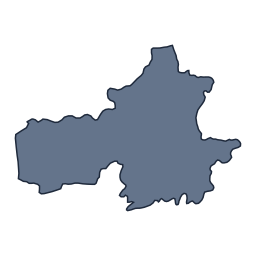 outline of Akciabrski, Gomel, Belarus
{"feature_id": "67162791B76840313346110", "entity_name": "Akciabrski", "entity_type": "district", "adm_level": 2, "iso_a3": "BLR", "parent_name": "Belarus", "parent_adm1": "Gomel", "projection": "albers", "projection_center": [28.984, 52.671], "detail": "fine", "context": "isolated", "style": "filled", "palette": "slate", "viewbox_px": 256, "rotation_deg": 0, "n_neighbors": 0, "source": "geoboundaries", "source_scale": "gbopen_adm2", "svg_char_len": 3914}
<svg xmlns="http://www.w3.org/2000/svg" viewBox="0 0 256 256"><path d="M18.4,178.7L20.8,179.9L23.3,181.3L26.7,181.7L29.1,183.3L31.6,183.3L33.7,183.1L37.7,184.3L39.5,185.9L39.5,189.2L39.2,192.4L41.3,193.8L44.2,193.6L47.8,192.7L52.1,191.6L55.5,190.5L58.2,189.6L60.7,188.7L61.6,186.2L62.7,184.0L65.2,183.7L68.1,184.2L71.3,184.0L74.9,183.1L78.1,183.1L82.8,183.8L87.1,184.1L91.8,184.3L94.7,184.3L96.1,183.2L97.0,180.7L97.7,178.7L99.3,177.1L99.5,174.4L99.7,172.2L101.1,169.2L103.1,168.6L105.8,168.6L108.3,165.4L110.3,163.2L114.6,161.2L117.1,161.2L118.0,163.2L120.4,164.3L122.7,164.6L122.9,166.8L121.6,169.7L121.1,170.9L120.0,174.7L120.0,177.2L120.6,179.9L122.0,181.9L124.0,183.7L125.8,185.1L126.0,186.4L124.7,188.7L122.9,190.0L120.4,193.4L119.5,195.4L121.1,196.8L123.8,196.8L125.4,195.2L127.4,196.3L127.6,197.5L127.6,200.4L127.6,202.2L129.2,202.2L131.6,201.6L133.5,202.3L131.4,204.0L129.0,205.9L127.8,207.1L126.6,209.0L126.6,209.9L127.7,210.6L128.9,210.3L131.3,209.8L133.1,209.1L135.3,208.4L137.5,208.2L139.3,208.2L140.9,208.0L144.1,207.3L145.6,206.8L147.5,206.1L150.2,205.1L153.1,202.9L154.7,200.4L157.6,200.6L158.4,201.9L159.3,201.2L160.4,199.3L161.6,198.6L163.0,199.7L164.7,201.1L166.5,201.5L168.3,201.1L170.2,200.0L171.8,199.0L173.3,198.3L174.8,198.7L175.3,200.9L175.5,203.0L176.0,204.4L176.8,204.8L178.1,204.4L178.7,202.8L179.0,201.0L179.8,199.2L180.4,197.4L182.0,194.8L184.0,193.4L185.9,193.8L186.8,195.4L187.1,198.1L186.9,199.9L186.5,202.1L186.7,203.5L188.3,203.3L189.8,202.1L191.4,201.3L192.7,201.1L193.8,202.2L194.9,203.2L195.9,203.7L198.4,203.3L199.6,202.4L201.8,200.0L203.1,197.4L203.9,194.0L204.7,192.1L207.4,191.3L210.2,190.9L212.7,190.0L213.8,187.8L213.8,187.7L213.4,186.0L212.1,184.3L210.7,182.7L209.8,180.7L209.8,178.5L210.0,175.7L211.3,173.3L211.5,171.4L210.2,169.9L210.0,168.6L210.8,166.2L212.4,165.0L214.5,163.8L215.4,162.4L216.1,161.3L217.6,160.0L219.4,160.5L220.9,161.8L222.1,162.8L224.0,162.9L226.9,162.3L228.3,161.3L229.4,160.4L231.6,157.4L231.2,155.8L230.6,154.6L230.6,152.7L231.5,150.8L232.8,149.2L235.2,148.3L238.2,147.4L240.4,146.0L240.6,143.7L240.0,142.3L238.8,140.9L237.5,139.8L235.8,139.3L233.4,139.8L232.0,140.1L230.5,140.0L229.4,139.4L226.8,140.6L225.8,141.1L224.1,140.9L222.5,140.5L220.9,140.1L218.9,139.9L217.5,139.7L215.7,139.1L214.6,139.1L213.5,139.1L211.8,138.5L210.5,137.6L207.9,138.6L206.6,139.4L205.1,140.0L203.0,139.9L201.4,139.2L201.1,138.0L201.1,136.2L201.4,134.9L201.4,133.5L200.1,131.9L199.3,130.8L198.3,129.0L197.8,126.9L196.7,123.6L196.4,121.1L195.9,117.8L196.8,113.4L197.9,109.9L199.8,107.1L202.5,103.5L204.2,100.7L205.2,97.1L203.8,94.7L203.5,92.4L204.3,91.1L206.0,90.8L207.5,92.2L209.2,92.1L211.1,89.6L211.8,86.6L212.3,84.6L213.8,82.3L213.3,80.3L212.0,78.5L210.7,77.6L208.6,77.0L206.3,77.0L203.3,77.1L200.7,76.8L198.1,77.5L196.5,76.9L195.1,75.6L193.5,75.2L191.7,75.4L189.8,75.1L188.9,72.8L188.8,70.5L187.6,70.6L186.2,71.5L184.8,72.7L183.5,72.8L181.9,72.8L179.6,72.4L178.3,71.5L178.0,67.2L178.4,64.5L177.9,61.5L176.7,59.2L176.1,55.6L173.8,49.8L172.4,45.4L170.5,45.8L167.1,46.9L164.2,47.2L159.9,48.0L157.0,48.1L153.1,48.1L151.5,49.3L151.5,52.4L151.5,52.9L152.1,55.6L152.0,59.4L150.3,62.1L149.0,65.1L145.5,66.9L144.0,68.9L143.0,73.2L141.2,75.5L137.2,78.8L134.6,81.5L131.9,84.3L130.1,85.8L126.1,86.1L123.8,87.3L121.3,89.1L117.7,90.1L114.7,89.1L110.2,88.3L107.9,90.3L107.4,93.6L108.1,97.9L110.2,100.2L113.4,101.4L114.7,102.7L115.2,105.5L115.2,108.2L112.4,109.5L108.6,109.0L105.6,109.5L102.8,111.2L100.8,114.0L99.3,116.5L97.5,119.6L95.2,120.1L92.4,118.0L90.9,116.0L87.4,114.5L84.6,115.0L82.6,116.5L80.1,118.0L76.0,118.0L72.2,115.9L68.4,115.9L64.4,117.2L61.9,119.9L58.1,122.2L54.8,122.4L51.0,121.1L47.2,119.6L42.9,119.1L41.4,120.3L38.1,122.1L35.3,119.8L32.8,119.0L31.5,119.2L30.3,120.0L27.5,121.5L27.1,121.9L28.6,123.5L26.5,127.7L21.6,130.7L15.8,134.5L15.4,138.2L16.2,146.5L17.2,155.6L18.1,161.8L18.9,173.4L18.4,178.7Z" fill="#64748b" stroke="#1e293b" stroke-width="1.5"/></svg>